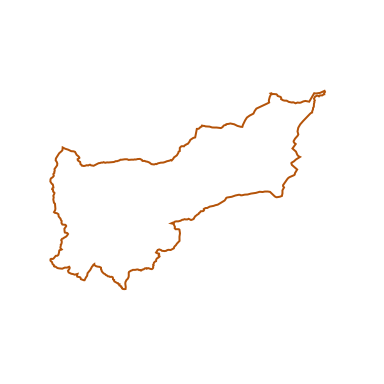 outline of Santa Isabel, Azuay, Ecuador, rotated 75°
{"feature_id": "8360857B32737896699989", "entity_name": "Santa Isabel", "entity_type": "district", "adm_level": 2, "iso_a3": "ECU", "parent_name": "Ecuador", "parent_adm1": "Azuay", "projection": "equal_earth", "projection_center": [-79.364, -3.175], "detail": "fine", "context": "isolated", "style": "outline", "palette": "amber", "viewbox_px": 384, "rotation_deg": 75, "n_neighbors": 0, "source": "geoboundaries", "source_scale": "gbopen_adm2", "svg_char_len": 6066}
<svg xmlns="http://www.w3.org/2000/svg" viewBox="0 0 384 384"><g transform="rotate(75 192 192)"><path d="M117.2,90.5L117.5,90.3L118.5,90.7L120.0,92.1L122.9,93.8L123.9,94.2L125.5,94.3L125.9,95.9L128.1,108.2L129.9,110.4L132.2,112.4L133.1,116.5L134.3,119.7L136.5,122.1L140.3,125.4L142.1,126.5L141.7,127.9L139.9,131.0L137.5,133.7L135.7,137.3L135.7,138.7L135.4,141.1L135.5,141.6L136.0,142.0L135.9,143.6L136.3,144.6L136.9,145.2L137.6,146.8L137.7,147.6L136.2,151.3L134.9,155.8L133.4,158.1L132.1,162.0L131.4,162.9L131.2,163.7L130.5,164.9L130.4,165.3L131.3,165.8L131.5,167.1L132.5,168.8L132.6,169.6L132.3,171.0L140.1,174.8L140.1,176.8L141.2,180.1L142.8,181.5L144.4,183.6L144.5,185.2L144.9,185.9L145.1,187.1L145.8,187.9L145.1,190.0L145.3,191.0L146.3,192.4L149.3,193.2L149.6,194.5L150.8,195.2L152.7,197.2L154.0,200.6L154.9,201.3L156.3,203.5L155.6,204.1L155.9,205.3L155.8,208.3L156.1,210.6L156.1,212.3L155.6,214.5L155.5,217.5L155.9,219.0L155.5,219.7L155.6,221.5L154.6,223.9L153.3,225.0L152.7,225.3L151.3,227.1L150.4,228.9L149.7,229.7L149.3,231.5L149.0,231.9L148.0,232.1L146.6,233.7L146.1,235.8L146.1,237.9L145.7,238.8L145.7,240.0L145.1,242.0L144.6,244.9L143.6,246.2L143.0,248.4L142.6,251.8L142.3,252.9L142.7,253.9L142.7,255.0L142.9,256.0L142.5,257.7L142.8,259.7L141.9,264.9L141.4,266.4L141.3,268.3L140.3,269.7L140.5,270.7L140.1,272.1L140.2,273.3L140.0,274.8L141.2,280.2L140.1,282.7L139.3,283.3L139.2,284.0L139.5,285.5L138.9,286.6L139.0,288.9L138.8,290.0L138.0,291.6L137.2,291.7L136.4,292.5L134.0,292.3L132.5,293.7L131.7,294.1L130.7,294.0L130.1,292.1L129.5,291.9L128.1,292.5L126.3,293.8L123.0,294.6L122.1,295.8L121.3,298.1L119.1,300.6L117.4,303.3L115.5,305.4L118.0,306.3L118.7,307.2L120.2,310.3L124.4,314.8L126.2,315.5L127.8,314.9L129.5,314.7L131.4,315.4L134.3,318.9L136.0,319.1L137.0,319.9L137.9,320.0L138.8,321.3L140.6,321.3L141.6,322.6L142.4,324.8L143.2,325.4L145.2,326.1L147.8,325.3L148.5,324.6L149.0,324.5L151.9,324.7L152.3,325.9L153.1,326.4L154.0,325.7L155.7,326.0L157.1,325.1L157.8,325.3L159.9,327.0L161.2,326.9L163.3,327.9L166.6,328.1L167.8,327.4L168.5,327.5L172.9,328.3L174.3,329.0L175.7,330.5L176.5,330.0L177.6,327.9L178.9,326.8L181.2,327.1L183.7,325.9L184.9,325.9L186.3,325.4L188.1,326.1L189.9,325.6L190.9,322.9L191.8,322.3L192.5,322.4L194.5,324.8L197.4,325.3L198.2,325.3L199.4,323.1L200.5,322.6L201.7,323.9L202.5,325.2L203.1,327.6L203.5,328.4L203.6,329.6L204.3,330.5L204.7,330.8L205.6,330.5L207.3,331.0L208.5,331.7L208.9,332.4L209.7,332.5L211.5,333.5L212.4,333.5L213.8,332.7L213.9,333.1L213.9,335.0L214.6,335.6L215.6,335.9L218.1,337.3L218.7,338.5L218.4,340.1L220.5,343.1L220.6,344.1L220.1,345.3L220.3,346.0L221.2,346.4L221.9,346.4L223.5,345.4L225.5,345.3L227.0,344.3L228.0,344.5L228.5,344.1L228.7,343.2L230.6,341.7L231.4,340.1L232.5,337.2L232.1,334.4L232.7,332.2L232.4,330.0L233.2,329.7L234.3,330.1L236.1,332.2L237.8,332.0L239.7,329.8L240.5,328.1L241.5,326.7L241.5,323.8L242.9,324.8L244.1,324.7L245.2,322.4L245.8,321.9L247.4,321.9L249.3,319.2L249.4,318.6L247.1,316.6L245.8,315.0L243.4,313.9L240.9,310.4L238.2,307.9L237.4,306.5L236.8,306.2L236.4,305.1L237.2,305.3L238.9,303.8L239.8,302.2L240.3,300.8L241.5,299.5L243.4,299.9L244.2,299.5L244.9,299.7L245.5,299.6L247.8,298.4L248.6,297.4L250.0,296.6L250.3,296.0L251.7,295.0L252.0,294.0L252.8,293.2L253.1,291.6L253.8,290.7L254.3,290.6L255.9,290.9L256.8,290.0L257.4,290.3L258.3,290.1L260.6,287.8L260.9,287.1L261.7,287.0L262.4,285.9L262.9,286.3L263.4,286.4L264.7,284.9L265.2,285.1L265.9,284.8L266.2,284.3L267.0,284.5L267.8,283.8L268.3,282.6L268.5,281.3L266.7,280.6L263.4,280.2L261.8,279.6L259.9,277.9L259.5,276.9L258.1,275.5L256.7,274.8L253.6,274.0L252.9,273.5L252.2,271.4L252.2,270.6L251.9,269.3L252.5,267.1L252.6,265.0L253.2,263.7L253.7,263.4L254.0,262.0L254.5,261.9L254.7,261.2L254.1,260.1L254.2,258.7L253.6,257.4L253.8,255.6L254.3,255.6L254.3,253.8L255.5,252.1L256.0,251.1L256.1,250.6L255.7,249.7L255.1,249.1L253.7,248.8L253.0,248.1L252.3,248.4L251.7,247.7L250.5,247.1L249.7,245.9L249.5,244.6L247.9,244.0L247.1,243.1L246.6,241.3L245.9,240.0L245.6,240.0L245.1,240.7L244.1,240.4L243.6,239.8L243.0,239.8L242.1,241.5L241.2,242.4L239.1,240.1L239.0,238.5L240.1,236.9L241.0,236.3L242.0,233.7L242.1,232.0L241.8,231.3L241.7,229.9L242.5,227.6L241.7,224.1L240.8,223.7L240.0,222.8L239.2,221.3L238.0,220.0L236.0,216.7L232.0,215.7L228.8,214.3L225.1,213.9L224.7,214.2L224.4,214.8L223.7,217.5L222.4,218.1L221.3,217.5L218.7,218.0L218.2,217.8L216.9,220.2L216.7,219.0L216.6,217.1L216.2,216.1L216.3,214.6L216.8,213.0L216.8,210.5L216.3,208.6L216.5,207.5L216.3,206.3L216.9,205.1L217.3,203.5L217.0,202.2L218.8,200.2L218.7,198.4L218.2,197.0L217.5,196.6L216.1,194.9L215.8,193.8L215.3,193.0L214.9,191.3L214.1,190.6L213.8,189.6L212.9,188.6L213.3,186.3L213.1,185.6L212.5,185.0L211.6,185.1L211.3,184.6L211.0,182.9L211.4,181.5L210.7,178.7L211.0,174.7L210.8,172.8L210.9,170.4L208.7,162.8L207.9,161.7L206.7,160.6L206.4,159.6L206.9,154.9L206.6,150.9L206.8,147.4L207.1,146.5L207.7,145.9L208.1,144.7L208.2,141.8L208.8,138.9L208.8,135.4L209.4,130.5L209.3,126.6L210.3,123.8L210.4,121.6L211.2,118.6L212.1,116.6L217.8,113.1L218.7,112.1L219.0,111.5L219.3,108.4L219.1,106.2L216.8,105.0L213.8,104.2L211.4,101.9L210.1,102.5L209.0,102.3L204.2,96.6L203.4,95.4L202.9,94.0L202.2,89.3L201.8,88.3L200.5,87.7L197.5,84.6L191.7,88.5L190.0,88.6L189.5,88.3L188.8,85.7L187.5,83.2L186.1,78.6L185.0,79.8L184.2,80.3L183.2,80.7L179.9,81.1L176.0,83.7L172.5,79.4L171.3,80.3L169.9,80.8L169.2,80.7L167.1,78.6L165.0,75.4L163.9,74.4L160.8,74.4L157.4,72.7L154.7,70.0L152.2,66.3L147.0,57.7L146.5,56.6L146.3,55.4L145.3,55.1L143.4,53.7L142.1,53.3L141.2,52.3L138.2,51.3L137.2,50.6L136.2,50.5L135.5,49.7L133.4,50.0L131.7,48.4L131.3,46.3L131.7,45.3L132.5,44.6L131.8,43.5L132.4,41.0L131.7,39.6L131.8,39.0L131.1,39.0L129.7,37.6L128.6,37.8L129.4,42.6L128.9,46.9L128.2,48.4L135.1,55.4L133.4,58.9L133.3,61.0L133.8,63.9L133.6,65.2L132.9,66.9L133.1,69.0L131.7,70.7L131.4,71.6L131.5,72.2L130.0,75.2L128.3,76.9L127.6,79.2L126.8,80.5L125.3,81.9L124.5,81.5L123.1,81.8L121.4,84.4L120.5,84.5L119.5,85.1L118.5,87.7L118.3,89.0L117.2,89.7L117.2,90.5Z" fill="none" stroke="#b45309" stroke-width="2"/></g></svg>